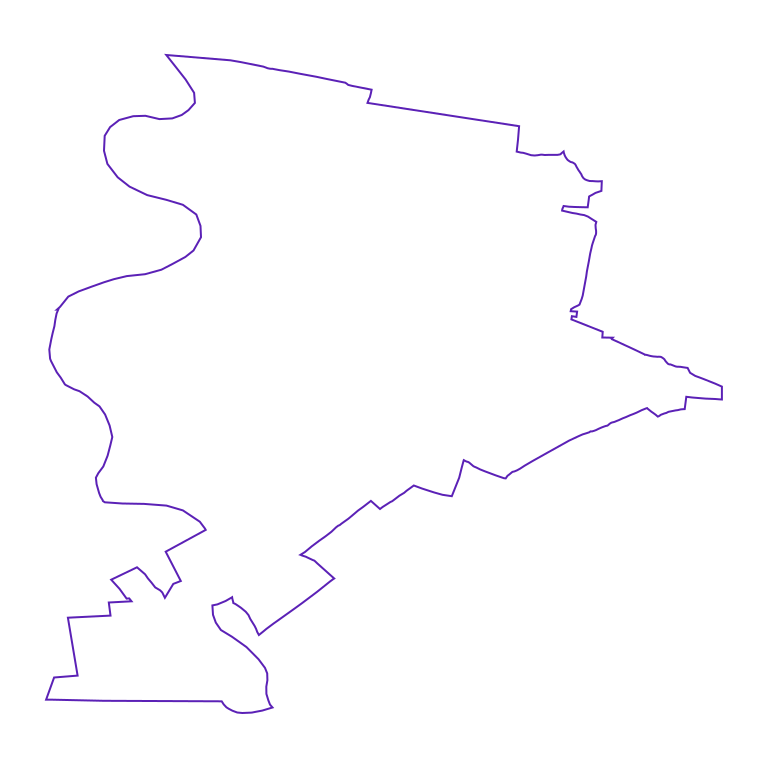 Teasc, Dolj, Romania (Robinson projection)
{"feature_id": "2599482B57508390808222", "entity_name": "Teasc", "entity_type": "district", "adm_level": 2, "iso_a3": "ROU", "parent_name": "Romania", "parent_adm1": "Dolj", "projection": "robinson", "projection_center": [23.888, 44.168], "detail": "fine", "context": "isolated", "style": "outline", "palette": "violet", "viewbox_px": 768, "rotation_deg": 0, "n_neighbors": 0, "source": "geoboundaries", "source_scale": "gbopen_adm2", "svg_char_len": 5564}
<svg xmlns="http://www.w3.org/2000/svg" viewBox="0 0 768 768"><path d="M272.5,707.5L270.0,704.6L268.3,700.2L266.4,693.9L266.3,686.7L267.4,680.2L267.2,673.4L265.0,667.9L258.5,659.2L246.5,647.1L231.9,636.7L220.9,630.0L215.8,622.6L213.0,614.8L212.4,605.4L217.4,604.4L225.6,601.0L231.0,597.9L232.1,597.2L232.3,598.5L232.7,600.2L233.1,601.5L233.3,603.0L235.4,604.0L238.7,606.2L241.0,607.8L243.4,609.8L245.7,611.7L248.5,615.1L250.3,619.0L254.6,625.9L256.1,628.9L257.2,631.9L258.9,635.0L263.5,631.3L266.5,628.8L273.6,623.5L282.2,617.4L294.8,608.4L302.1,603.1L317.0,591.9L330.0,581.5L333.1,579.2L334.2,578.5L317.3,563.4L314.9,561.1L314.3,560.6L312.7,560.0L307.4,557.5L305.8,556.7L303.2,555.9L301.5,555.3L300.8,554.9L300.5,554.8L305.0,552.0L306.9,550.4L311.8,546.3L319.4,540.6L325.4,536.4L331.5,531.7L336.1,527.3L338.2,525.7L339.7,525.1L341.4,523.7L348.4,518.7L354.6,513.5L358.0,510.6L363.0,507.0L364.7,505.7L370.9,500.9L374.6,504.2L380.0,509.0L382.6,507.0L387.0,504.2L390.4,502.0L392.2,501.2L395.1,499.0L399.4,495.7L404.2,492.8L406.4,490.9L408.0,489.7L409.0,489.0L413.8,485.5L422.2,488.6L434.3,492.5L442.5,494.8L451.8,496.2L459.2,477.7L461.7,467.7L463.7,460.3L463.8,460.1L465.3,461.0L466.7,461.6L468.2,462.0L469.2,462.6L473.4,466.2L474.6,466.8L476.3,467.5L480.1,469.4L485.1,471.4L495.8,475.4L502.2,477.6L503.9,478.2L505.7,478.4L507.5,475.8L509.0,474.7L512.4,471.9L514.5,471.4L517.1,470.3L520.0,468.7L524.6,465.7L532.8,460.9L547.6,452.6L569.1,440.6L578.3,436.3L582.6,434.4L586.5,433.2L589.2,432.3L590.5,431.4L592.1,431.4L594.1,430.8L596.0,430.1L598.6,428.8L601.8,427.4L604.2,426.5L605.7,426.0L607.5,425.6L608.5,424.8L609.6,423.8L610.5,423.2L611.0,422.9L611.7,422.6L612.4,422.4L613.7,422.1L614.7,421.8L616.6,421.0L618.9,420.1L620.6,419.3L622.8,418.3L625.9,417.1L630.2,415.2L633.1,414.1L636.5,412.7L639.4,411.3L641.6,410.2L646.1,408.4L647.1,408.1L647.4,408.5L651.5,411.8L653.0,412.8L655.6,414.7L657.8,416.6L658.8,416.2L659.9,415.5L660.5,415.0L661.3,414.6L663.2,413.9L664.2,413.5L666.4,412.9L667.5,412.3L668.6,411.8L672.6,411.0L675.6,410.4L677.9,410.1L680.7,409.4L682.9,409.2L684.7,409.1L686.3,396.8L692.2,397.5L705.5,398.6L715.2,399.0L718.9,399.3L721.9,399.5L721.9,386.6L715.1,383.6L703.8,379.1L699.6,377.5L695.2,375.9L690.1,372.8L687.6,367.9L686.7,367.8L682.7,367.2L680.3,366.8L677.0,366.7L675.9,366.5L675.5,366.4L673.5,365.6L672.0,365.0L670.4,364.4L669.3,364.4L668.1,363.9L667.3,363.1L666.2,361.9L665.3,360.8L664.4,359.3L663.8,358.8L663.2,358.3L661.4,357.1L660.4,356.8L658.5,356.7L657.4,356.8L655.5,356.6L653.7,356.5L651.7,356.2L649.8,355.8L647.0,355.0L645.4,354.7L645.0,354.8L644.9,354.6L643.9,354.1L635.1,349.9L628.5,346.8L625.4,345.4L618.1,342.0L611.9,339.2L611.6,338.8L612.7,337.7L602.3,337.5L602.7,332.1L602.7,331.8L571.4,319.4L571.9,316.2L576.4,316.9L577.1,311.6L570.7,311.2L571.1,309.2L574.1,307.3L578.0,305.5L579.5,304.6L581.7,298.9L582.7,295.6L586.2,276.5L586.9,271.4L588.8,261.5L589.4,258.1L590.2,253.5L590.8,250.9L591.5,247.9L592.0,245.5L592.7,243.2L595.1,236.0L595.8,234.8L596.1,233.2L596.1,230.9L595.7,228.2L595.5,224.9L596.3,221.9L591.7,219.0L588.0,216.6L584.2,215.1L580.4,214.5L576.5,213.6L572.5,213.0L562.1,210.6L562.2,209.9L562.4,208.9L562.7,208.2L563.2,207.1L563.6,206.0L568.9,206.7L575.1,207.0L582.7,207.2L587.7,207.3L588.7,200.0L589.1,196.5L590.1,195.9L592.4,194.7L595.5,192.9L601.4,190.9L601.8,181.2L598.2,181.4L595.7,181.3L593.0,181.1L589.6,181.0L587.2,180.3L585.2,179.5L583.5,178.2L582.5,176.8L581.8,175.6L581.4,174.4L580.5,173.1L579.6,171.7L578.5,170.2L577.1,167.8L576.5,166.8L575.8,165.3L575.2,164.3L574.6,163.7L573.5,163.0L572.5,162.4L571.5,162.2L570.5,161.9L568.8,160.8L567.7,160.0L567.1,159.3L565.7,157.3L565.1,156.2L564.6,155.1L564.3,154.2L563.8,152.6L563.6,151.5L561.3,153.4L560.6,154.2L559.6,154.5L557.2,154.9L552.9,154.9L547.7,154.9L544.8,155.0L542.3,154.7L540.7,154.7L537.7,155.2L534.6,155.5L531.1,155.2L526.3,153.7L523.1,152.8L520.9,152.6L516.7,151.6L518.0,139.8L519.1,126.2L367.5,102.9L368.7,99.5L369.9,97.2L370.9,93.2L371.6,89.7L352.2,85.9L348.2,84.9L346.9,83.8L345.3,82.7L326.9,79.0L316.5,76.8L300.2,73.8L289.0,71.6L283.8,70.8L279.8,70.2L273.4,69.0L272.6,68.8L271.3,68.8L269.9,68.7L267.5,68.2L266.3,67.7L263.3,66.6L240.3,62.0L230.4,60.3L166.3,55.0L175.8,67.0L185.6,79.5L194.1,92.8L194.9,102.9L188.5,110.1L181.7,115.0L172.3,118.4L159.4,119.1L145.4,115.8L133.2,116.2L119.2,120.0L110.1,127.1L104.7,135.8L104.0,150.8L107.4,163.9L117.7,177.3L129.5,186.6L147.2,195.1L166.2,199.8L182.9,204.8L196.3,214.5L200.5,225.9L201.0,237.2L193.5,250.5L185.3,257.0L172.8,263.8L161.4,269.7L145.1,274.2L126.8,276.1L113.8,279.2L103.9,282.3L91.5,286.7L78.7,291.4L68.3,296.6L60.0,306.9L57.1,309.5L58.3,309.4L56.6,313.5L55.3,319.9L54.4,326.2L52.7,332.9L51.3,339.1L49.3,349.5L50.1,358.7L51.0,361.0L56.8,372.3L60.7,377.6L64.9,384.4L65.9,385.1L74.1,389.3L79.5,391.2L87.6,396.5L94.3,402.7L99.5,406.4L105.1,414.5L109.6,425.5L112.3,437.0L110.3,445.4L107.6,455.7L103.3,466.5L98.3,473.2L95.9,477.7L96.6,484.2L99.1,493.0L100.6,496.8L102.6,500.0L102.9,501.0L104.8,502.3L113.6,502.9L122.3,503.5L144.1,503.9L166.5,505.6L174.7,508.0L182.9,510.4L199.8,521.7L205.0,528.6L205.7,529.9L165.7,551.7L180.8,581.0L173.3,583.9L164.9,597.8L162.3,592.5L160.1,590.3L155.2,587.4L151.4,582.5L147.9,578.4L145.1,574.3L137.0,567.3L111.2,579.7L119.5,588.8L126.6,598.6L129.2,598.4L131.5,601.3L108.8,602.5L110.5,615.6L67.9,617.7L77.6,675.6L54.1,677.5L46.1,699.7L53.0,699.7L103.7,700.8L218.8,701.3L221.7,701.3L223.7,704.4L226.4,707.3L228.6,708.7L232.4,710.7L237.2,712.5L242.3,713.0L247.0,712.8L251.8,712.6L255.8,711.8L262.2,710.6L272.5,707.5Z" fill="none" stroke="#5b21b6" stroke-width="2"/></svg>